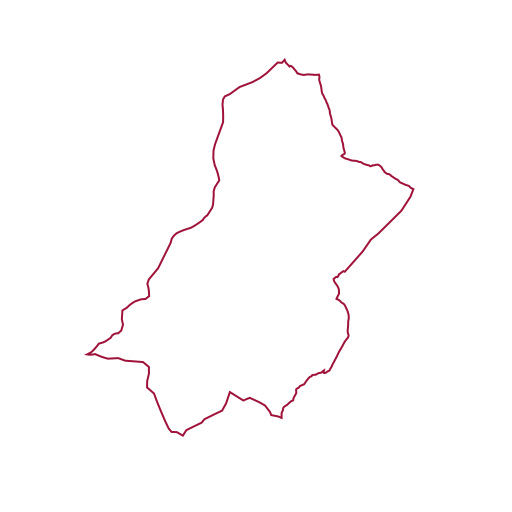 the district of Brebu Nou, Caras-Severin, Romania, rotated 110°
{"feature_id": "2599482B82454877199811", "entity_name": "Brebu Nou", "entity_type": "district", "adm_level": 2, "iso_a3": "ROU", "parent_name": "Romania", "parent_adm1": "Caras-Severin", "projection": "natural_earth1", "projection_center": [22.122, 45.233], "detail": "fine", "context": "isolated", "style": "outline", "palette": "rose", "viewbox_px": 512, "rotation_deg": 110, "n_neighbors": 0, "source": "geoboundaries", "source_scale": "gbopen_adm2", "svg_char_len": 5352}
<svg xmlns="http://www.w3.org/2000/svg" viewBox="0 0 512 512"><g transform="rotate(110 256 256)"><path d="M406.2,381.0L405.8,379.1L405.1,377.2L404.3,375.4L403.2,373.7L403.4,370.3L403.5,366.9L403.4,363.6L403.2,360.2L399.1,350.6L399.1,343.1L394.3,325.9L396.9,318.7L403.0,316.4L410.7,315.5L416.8,313.4L420.1,304.8L425.8,300.0L431.4,295.0L436.8,290.0L442.2,284.9L448.0,279.0L450.2,275.2L448.6,270.2L449.8,263.3L443.5,261.9L437.5,256.2L431.2,250.1L427.0,248.6L418.9,240.9L412.9,235.0L404.8,233.7L392.8,234.0L393.8,229.4L396.1,218.5L393.6,215.8L391.4,213.3L392.3,202.7L393.4,196.4L397.8,189.5L399.0,188.4L400.3,187.3L399.2,180.3L399.3,177.9L399.4,176.6L394.9,178.2L393.9,178.2L391.8,178.0L391.3,178.1L390.3,178.3L389.4,178.4L388.6,178.2L388.1,177.9L387.3,177.5L386.3,176.7L385.2,175.8L383.3,174.9L381.4,173.9L380.6,173.4L379.8,172.8L379.4,172.1L379.0,171.8L378.6,171.7L378.3,171.7L378.0,171.8L377.6,172.0L376.8,172.1L375.6,172.0L373.4,171.6L371.9,171.4L371.2,171.3L370.4,171.5L369.5,171.9L368.2,172.5L367.5,172.6L367.1,172.5L366.3,171.9L365.2,170.9L364.5,170.6L363.7,170.4L363.2,170.2L361.9,168.9L360.7,167.6L360.4,167.1L359.1,166.6L356.4,166.0L355.7,165.8L354.3,165.3L353.7,165.1L353.1,165.0L352.6,164.6L351.7,164.3L351.1,164.0L350.7,163.5L350.3,162.9L349.7,162.6L349.1,162.6L348.7,162.3L348.3,161.8L347.8,160.9L347.3,159.6L346.8,158.9L346.1,158.5L345.2,157.6L344.4,156.8L343.9,155.7L343.1,154.7L341.7,153.9L340.9,153.4L340.2,152.9L340.6,152.8L341.5,153.1L342.0,153.2L342.5,152.9L342.6,152.2L342.5,151.5L342.1,150.8L341.5,150.2L340.0,149.3L339.2,148.3L338.3,147.8L336.8,147.6L333.3,147.0L332.7,147.1L327.9,146.4L322.7,145.7L317.3,145.2L315.1,144.7L311.9,144.2L311.0,144.0L307.8,143.6L305.8,143.2L302.8,142.3L301.3,141.7L299.6,141.7L298.5,142.0L297.7,142.8L296.5,143.6L294.7,144.4L290.7,145.4L287.8,146.3L286.9,146.7L285.2,147.1L283.2,147.4L281.8,147.9L279.3,149.0L278.1,150.0L276.6,151.0L275.1,152.4L274.0,153.6L272.4,155.1L271.2,156.7L270.7,158.5L270.4,159.8L269.4,161.9L269.1,163.0L268.8,164.3L268.9,165.3L268.9,165.6L268.8,165.8L265.3,165.4L263.1,165.1L262.3,165.3L261.0,165.9L258.9,166.8L257.4,168.1L255.8,169.9L254.8,171.5L253.2,173.7L251.8,174.8L251.1,175.2L250.2,174.7L249.1,174.1L248.1,173.4L247.9,172.2L245.9,171.7L244.9,171.8L244.1,171.2L240.4,168.8L240.4,167.2L229.0,162.7L215.2,157.3L201.1,153.6L193.2,148.8L179.5,142.3L164.0,135.0L161.7,134.4L147.3,131.1L139.3,131.0L139.2,132.3L138.9,134.2L138.3,135.4L137.9,136.0L137.9,137.8L138.0,139.3L137.9,141.1L137.7,143.2L137.6,145.3L137.4,146.1L137.3,146.4L136.3,148.1L135.9,149.2L135.8,151.0L135.5,152.2L134.9,154.6L134.5,156.3L134.0,157.2L133.6,158.7L133.5,159.4L133.9,160.4L133.9,161.5L133.3,162.9L133.2,163.8L132.5,164.6L131.8,165.6L131.4,166.3L130.8,167.1L130.0,168.0L129.6,168.5L129.0,169.9L128.6,171.2L128.4,172.3L128.7,173.3L129.2,174.3L130.1,175.6L130.2,175.8L130.7,176.7L130.8,177.4L131.7,178.0L132.1,178.6L132.3,178.8L132.6,179.4L132.6,179.5L132.5,179.8L132.2,180.5L132.5,183.3L132.6,185.8L132.4,187.5L132.0,189.0L131.9,189.9L132.0,190.4L132.3,191.1L132.4,192.0L132.3,192.3L132.3,193.4L132.4,194.4L132.6,195.5L132.9,196.3L133.3,197.6L133.5,198.5L133.6,200.2L133.6,202.5L133.7,203.6L133.8,204.7L133.8,205.6L133.5,207.4L133.1,208.9L133.0,209.4L132.8,210.0L132.7,210.0L131.3,209.2L130.2,208.2L129.7,207.8L129.4,207.7L129.1,207.7L128.8,207.8L128.3,208.0L126.4,209.4L125.8,209.8L125.1,210.3L124.5,210.7L123.7,211.2L122.4,211.8L121.5,212.3L120.4,212.9L118.9,214.2L117.5,215.0L115.7,216.0L114.7,216.8L113.9,217.8L112.6,219.0L112.2,219.4L110.4,221.4L109.5,222.8L108.2,225.7L107.6,226.8L107.5,227.1L106.6,229.0L106.2,229.2L105.6,229.7L102.8,231.2L101.1,232.1L99.4,233.3L97.8,234.5L96.6,235.4L94.9,236.1L94.3,236.4L93.2,237.2L92.0,238.3L90.5,239.5L88.3,241.3L88.0,241.9L86.7,242.9L85.6,243.9L84.9,244.7L84.4,245.4L84.1,245.7L83.0,246.6L81.8,247.9L81.4,248.5L80.8,249.2L79.9,249.8L78.9,250.5L77.7,251.1L76.9,251.5L74.1,253.0L72.3,254.4L71.5,255.0L69.3,256.6L68.4,257.1L67.2,257.3L66.5,257.4L65.2,258.1L64.0,258.9L64.2,259.5L64.6,259.9L65.2,261.6L65.9,263.2L66.1,264.1L66.2,264.9L66.6,266.0L67.4,268.8L67.8,269.9L68.1,270.4L69.1,272.2L69.7,273.5L69.8,274.8L70.1,276.0L70.1,277.0L70.1,278.4L70.0,278.6L70.3,278.9L70.3,279.2L70.3,279.3L69.9,280.1L68.8,281.3L68.1,282.5L67.1,284.4L66.6,285.0L66.1,286.1L65.6,287.4L65.5,288.6L66.5,289.3L66.0,290.2L65.3,291.6L64.1,294.2L61.8,296.2L65.6,297.7L66.8,301.8L80.7,308.6L87.5,313.2L93.9,318.9L102.8,329.2L112.7,335.9L116.7,339.9L120.2,340.5L125.1,339.3L129.1,337.4L133.2,335.7L137.4,334.1L141.6,332.7L165.2,332.7L171.4,332.0L178.9,329.5L185.0,325.7L187.8,323.1L190.8,320.7L194.1,318.4L197.4,316.4L205.6,318.2L209.9,317.9L212.7,316.7L222.2,314.0L225.7,313.7L234.5,315.7L235.8,316.7L237.2,317.4L238.8,318.0L240.4,318.3L243.1,320.1L245.5,321.8L247.8,323.5L250.0,325.3L252.1,327.2L254.3,330.2L256.6,333.0L259.1,335.8L261.8,338.4L265.0,340.1L268.4,341.1L272.8,340.7L301.0,343.8L314.6,348.7L319.3,348.6L321.8,346.8L324.5,345.2L327.3,343.9L330.3,342.7L334.2,345.2L336.0,349.2L340.0,354.1L342.0,355.7L344.1,357.2L346.3,358.5L348.7,359.6L352.8,362.9L361.4,360.4L366.0,357.5L372.1,357.1L375.8,359.1L376.3,360.3L376.9,361.5L377.8,362.5L378.9,363.4L379.8,364.0L382.6,364.6L386.1,367.1L387.0,367.8L388.5,369.1L389.8,370.5L391.0,372.1L392.0,373.7L394.4,374.4L396.7,375.2L399.0,376.1L401.2,377.1L402.9,378.0L406.2,381.0Z" fill="none" stroke="#9f1239" stroke-width="2"/></g></svg>